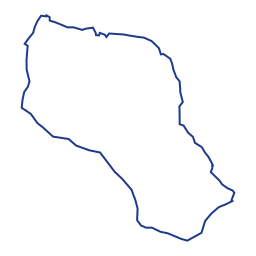 the district of Galataria, Paphos, Cyprus
{"feature_id": "46923920B41083986579295", "entity_name": "Galataria", "entity_type": "district", "adm_level": 2, "iso_a3": "CYP", "parent_name": "Cyprus", "parent_adm1": "Paphos", "projection": "albers", "projection_center": [32.643, 34.865], "detail": "fine", "context": "isolated", "style": "outline", "palette": "blue", "viewbox_px": 256, "rotation_deg": 0, "n_neighbors": 0, "source": "geoboundaries", "source_scale": "gbopen_adm2", "svg_char_len": 1292}
<svg xmlns="http://www.w3.org/2000/svg" viewBox="0 0 256 256"><path d="M212.6,164.8L212.1,163.6L211.1,161.7L208.2,156.5L205.2,152.9L201.8,147.1L195.0,142.9L193.0,136.9L188.2,132.8L183.6,125.6L179.7,124.2L179.6,113.8L179.4,106.4L182.8,102.0L180.2,91.9L180.2,88.5L179.6,81.3L176.3,77.3L173.5,69.9L172.1,63.6L170.3,58.8L163.5,54.0L160.9,54.4L158.9,48.2L155.1,44.4L151.5,41.0L143.9,37.6L138.5,37.0L128.5,35.4L124.1,34.5L117.7,34.1L109.2,33.5L106.4,37.0L104.8,34.7L99.8,32.9L99.0,35.4L96.0,35.1L95.6,32.7L93.0,27.7L85.6,28.7L82.2,29.9L73.6,27.3L67.4,27.3L55.4,22.3L49.8,20.7L49.6,17.1L46.5,15.4L46.3,16.4L41.1,15.7L37.3,21.3L34.9,26.7L33.1,32.9L28.3,38.8L24.7,43.8L27.7,45.8L27.1,52.2L26.5,61.0L26.7,70.0L29.5,81.3L27.9,86.7L24.1,92.3L22.5,100.1L21.7,107.8L30.9,114.0L37.4,123.1L43.0,127.5L53.0,136.6L68.6,139.0L76.2,145.6L89.3,150.3L100.1,152.5L106.6,161.1L114.7,171.8L122.2,178.9L131.5,189.7L135.4,200.2L137.6,208.6L137.1,220.1L141.0,225.5L146.1,227.7L152.0,227.7L160.5,231.8L167.8,233.3L181.2,238.9L185.1,240.0L187.3,240.6L201.5,232.8L205.1,221.0L211.2,213.7L218.8,207.1L226.3,204.1L232.4,201.0L231.5,200.2L234.3,192.8L232.6,190.5L227.5,188.2L222.1,184.4L219.5,180.6L215.3,176.5L210.8,172.1L211.5,170.3L212.4,167.9L212.2,164.7L212.6,164.8Z" fill="none" stroke="#1e3a8a" stroke-width="2"/></svg>